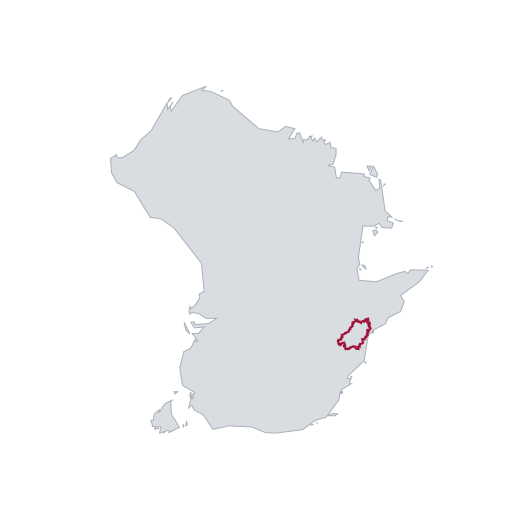 location of Charters Towers, Queensland, Australia, rotated 68°
{"feature_id": "25037944B10597176528862", "entity_name": "Charters Towers", "entity_type": "district", "adm_level": 2, "iso_a3": "AUS", "parent_name": "Australia", "parent_adm1": "Queensland", "projection": "albers", "projection_center": [146.233, -20.209], "detail": "fine", "context": "in_parent", "style": "outline", "palette": "rose", "viewbox_px": 512, "rotation_deg": 68, "n_neighbors": 0, "source": "geoboundaries", "source_scale": "gbopen_adm2", "svg_char_len": 8135}
<svg xmlns="http://www.w3.org/2000/svg" viewBox="0 0 512 512"><g transform="rotate(68 256 256)"><path d="M340.9,113.7L346.9,136.9L353.7,135.6L361.5,142.5L362.9,156.7L367.4,161.7L368.6,175.0L371.8,181.8L393.6,194.9L401.8,216.0L404.2,217.2L404.7,213.4L409.4,217.4L410.1,215.5L411.8,226.2L414.5,229.5L420.5,233.0L431.7,251.3L430.7,263.3L434.5,277.8L427.6,304.1L423.2,313.5L412.9,324.0L403.2,345.0L400.7,360.8L383.8,364.3L375.5,371.0L370.3,371.5L371.8,375.4L363.7,369.8L364.8,368.5L364.3,367.1L362.8,367.0L360.1,369.5L358.1,368.0L361.4,365.7L359.5,363.9L348.6,372.6L331.4,368.7L317.7,358.9L316.9,350.7L310.3,343.6L313.0,343.8L312.8,341.5L303.9,344.2L306.3,338.5L302.4,330.6L299.6,340.0L292.9,341.2L293.8,338.1L296.9,337.9L300.8,325.1L299.1,315.7L295.0,325.9L288.5,330.1L284.3,336.3L285.2,339.3L282.5,339.0L277.9,336.0L280.6,335.8L278.3,330.0L273.7,323.7L270.1,323.0L269.1,317.2L242.2,309.3L198.9,321.7L185.7,330.3L180.8,339.6L150.6,344.6L135.9,357.4L124.8,358.8L111.1,354.3L109.7,347.4L112.9,348.0L114.8,343.3L112.3,329.2L105.1,319.5L100.7,306.5L80.8,281.1L87.1,283.0L82.0,275.1L85.4,279.7L90.0,280.4L79.5,264.0L80.0,238.5L82.2,244.1L86.0,236.8L101.8,222.2L108.2,221.7L139.0,205.6L149.1,189.3L147.0,180.0L152.6,172.3L159.6,182.0L161.7,175.8L157.5,172.2L158.2,169.4L169.3,169.7L165.8,169.2L167.5,164.7L165.1,161.3L170.9,160.1L168.4,157.6L173.2,156.6L171.0,152.9L174.7,148.0L175.4,150.5L178.7,149.8L178.4,144.8L183.5,145.9L186.2,141.5L191.8,143.7L199.6,149.9L199.0,155.6L203.1,149.7L213.5,152.2L215.2,149.0L210.3,145.2L220.3,125.1L222.8,126.1L226.4,121.0L228.0,122.9L240.1,120.4L239.4,115.8L230.9,113.2L232.1,111.9L262.5,119.4L270.9,115.3L269.0,119.1L272.7,121.0L276.9,116.2L281.0,119.8L276.8,128.5L271.8,129.6L272.4,135.7L268.3,145.6L295.6,161.6L302.8,163.0L305.2,167.1L317.1,169.5L325.0,154.1L325.0,132.0L326.1,123.6L329.1,121.6L326.7,117.9L333.7,101.8L340.9,113.7ZM358.3,389.4L371.1,393.7L386.3,391.1L387.1,403.3L386.1,401.1L384.6,403.7L384.2,411.7L378.8,408.4L375.5,415.6L368.9,415.0L370.2,413.0L364.6,409.6L362.3,403.4L364.8,404.5L358.8,395.8L358.3,389.4ZM216.9,113.4L225.4,112.6L228.3,114.7L223.0,120.0L216.9,113.4ZM290.4,347.5L303.5,346.5L298.0,348.8L290.4,347.5ZM279.6,134.0L281.6,138.6L276.2,138.2L276.9,134.7L279.6,134.0ZM431.0,249.2L430.8,243.8L433.0,239.4L433.7,242.7L431.0,249.2ZM382.8,382.1L387.0,383.2L387.1,384.9L382.8,382.1ZM216.2,114.9L219.6,119.2L214.2,119.4L216.2,114.9ZM353.6,382.9L351.2,382.5L352.5,379.5L353.6,382.9ZM309.1,159.0L306.6,160.5L304.1,161.4L305.3,158.7L309.1,159.0ZM80.6,279.9L78.2,277.7L77.5,275.3L77.8,275.2L80.6,279.9ZM386.2,386.5L387.8,387.7L384.7,386.7L386.2,386.5ZM413.5,227.0L415.4,227.0L415.3,229.4L413.5,227.0ZM369.2,174.8L371.4,176.2L371.0,177.0L369.2,174.8ZM378.7,412.7L378.9,414.7L377.3,414.0L378.7,412.7ZM433.4,265.4L433.5,268.4L433.2,268.3L433.4,265.4ZM238.6,111.2L237.1,110.1L237.9,109.4L238.6,111.2ZM278.4,108.7L276.5,111.2L278.7,106.9L278.4,108.7ZM433.9,261.9L432.9,262.8L433.6,261.8L433.9,261.9ZM283.9,151.9L282.8,152.4L283.4,151.2L283.9,151.9ZM275.4,134.1L274.0,134.4L274.8,132.9L275.4,134.1ZM90.4,224.4L90.3,226.4L89.7,226.4L90.4,224.4ZM331.2,100.7L331.1,102.4L330.5,101.2L331.2,100.7ZM362.8,367.8L363.2,368.7L362.7,368.4L362.8,367.8ZM276.0,111.9L273.3,113.7L276.0,111.5L276.0,111.9ZM170.9,150.6L170.1,151.8L170.5,150.4L170.9,150.6ZM379.6,411.3L378.8,411.7L379.2,410.9L379.6,411.3ZM308.1,164.7L306.6,164.7L307.4,163.7L308.1,164.7ZM166.5,159.8L165.8,160.5L165.5,159.1L166.5,159.8ZM385.7,407.2L384.6,407.7L385.0,406.7L385.7,407.2ZM332.0,96.4L331.9,97.5L331.0,97.0L332.0,96.4ZM362.2,369.1L363.3,370.0L361.5,369.7L362.2,369.1ZM396.2,194.8L395.2,194.8L395.7,193.6L396.2,194.8ZM403.9,213.2L403.4,213.2L403.8,212.2L403.9,213.2ZM358.8,387.9L358.6,388.6L358.2,387.7L358.8,387.9Z" fill="#d9dde1" stroke="#a8b0b8" stroke-width="1"/><path d="M368.6,212.4L368.7,211.6L368.9,211.7L369.0,211.4L370.2,211.5L370.2,210.5L369.4,210.4L369.5,209.6L369.0,209.5L369.2,206.6L369.5,206.6L371.5,206.7L371.4,207.2L371.9,208.1L372.4,208.2L372.7,208.3L372.8,207.2L374.3,207.3L374.2,207.5L375.2,207.9L375.9,207.9L375.9,207.5L375.9,207.4L375.9,207.2L376.0,207.1L376.1,206.9L376.2,206.6L376.6,206.2L376.6,205.9L376.3,205.5L376.3,205.4L376.3,205.2L376.6,205.1L376.7,204.8L377.1,204.6L377.1,204.4L377.1,204.1L376.8,204.0L376.7,203.9L376.4,203.8L376.2,203.5L376.4,203.3L376.3,203.2L376.2,203.0L376.2,202.8L376.1,202.6L376.1,202.3L376.2,202.2L376.2,201.9L376.4,201.7L376.1,200.8L376.2,200.5L376.1,200.4L376.2,200.1L376.1,199.8L376.2,199.6L376.3,199.7L376.6,199.5L376.7,199.3L376.9,199.2L377.1,199.1L377.1,198.8L377.1,198.5L377.3,198.4L377.2,198.0L377.2,197.9L377.6,197.8L377.8,198.0L378.0,198.0L378.5,198.1L378.9,198.2L379.1,197.9L379.4,197.6L379.7,197.6L379.9,197.3L380.0,197.3L380.1,197.0L380.2,196.8L380.1,196.5L380.2,196.2L380.6,196.0L380.7,195.8L379.5,195.6L379.4,195.5L379.2,195.5L379.3,195.4L379.2,195.2L379.1,194.9L378.9,194.8L378.8,194.6L378.6,194.4L378.5,194.5L378.5,194.3L378.5,194.2L378.4,194.0L378.5,193.9L378.4,193.9L378.2,193.7L377.9,193.5L377.7,193.7L377.5,193.8L377.4,193.7L377.5,193.7L377.6,193.4L377.6,193.2L377.4,193.1L377.2,193.1L377.1,192.8L377.1,192.7L376.9,192.7L376.6,192.5L376.6,192.4L376.4,192.2L376.5,192.0L376.7,191.9L376.8,191.7L376.7,191.4L376.6,191.2L376.5,190.9L376.4,190.9L376.7,190.9L376.8,190.6L376.9,189.7L376.6,189.6L376.2,189.5L376.0,189.1L373.3,188.8L373.4,188.7L373.4,188.4L373.4,188.1L373.3,187.9L373.2,187.8L373.3,187.7L373.5,187.3L373.5,187.2L373.6,186.6L373.5,186.4L373.5,186.2L373.4,186.0L373.5,186.1L373.4,186.1L373.2,185.9L373.2,186.0L373.0,185.9L372.9,185.7L372.6,185.7L372.5,185.4L372.4,185.3L372.6,185.2L372.4,185.1L372.2,185.0L372.2,184.9L372.1,184.6L372.1,184.4L372.2,184.2L371.9,183.9L371.8,183.7L372.0,183.6L371.9,183.5L371.7,183.2L371.4,183.3L371.4,183.2L371.3,183.3L371.2,183.2L371.1,182.8L371.1,182.7L370.9,182.7L370.5,182.5L370.5,182.4L370.5,182.2L370.1,182.2L369.9,182.2L369.6,181.6L369.8,181.4L369.7,181.3L369.3,181.4L369.1,181.3L369.0,181.2L368.9,181.1L368.8,181.3L368.7,181.3L368.5,181.2L368.5,181.3L368.3,181.1L368.3,180.8L368.2,180.9L367.8,180.7L367.7,180.7L367.7,180.9L367.0,180.9L367.0,180.7L366.9,180.8L366.8,180.7L366.7,180.6L366.4,180.5L366.4,180.4L366.2,180.3L366.2,180.2L366.3,180.2L366.4,179.9L366.4,179.7L366.6,178.3L366.4,178.2L366.4,177.9L366.5,178.0L366.8,178.1L366.7,177.9L366.6,177.7L366.3,177.2L366.2,177.4L366.2,177.1L365.9,176.9L365.8,176.7L365.8,176.8L365.8,176.7L365.8,176.8L365.7,176.9L365.6,177.1L363.6,176.8L363.6,177.9L362.6,177.8L361.8,176.9L361.6,176.6L361.4,176.5L361.5,175.8L360.5,175.7L360.5,175.8L360.4,175.9L360.2,175.9L360.2,176.0L360.3,176.1L360.5,176.1L360.5,176.4L360.7,176.5L360.7,177.0L360.7,177.3L360.5,177.5L360.3,177.8L360.2,178.0L360.2,177.8L359.9,177.9L359.7,177.8L359.7,177.7L359.4,177.3L358.8,177.3L358.8,177.2L358.7,176.9L358.7,177.0L358.6,177.3L358.3,177.2L358.3,177.4L357.9,177.4L357.9,177.2L357.5,177.2L357.5,176.6L357.6,176.3L357.7,176.0L357.4,176.0L357.1,175.9L356.8,175.8L356.6,175.5L356.1,175.4L355.8,178.5L356.8,178.6L357.0,178.8L356.6,179.2L356.7,179.3L356.8,179.5L357.0,179.6L357.3,179.9L356.7,180.3L357.1,180.9L356.3,181.5L356.3,182.2L356.4,182.3L357.0,183.6L357.3,183.6L357.5,183.7L357.0,184.1L356.8,183.9L355.7,184.9L355.6,185.0L355.5,185.3L355.4,185.2L355.3,185.9L354.2,185.8L354.2,186.5L353.1,186.3L353.0,187.1L352.7,187.0L352.6,187.7L352.5,187.8L352.8,187.8L353.1,187.9L353.8,188.1L353.6,191.3L353.8,191.5L354.1,191.7L354.3,191.7L355.1,191.5L355.3,191.8L355.6,191.8L355.6,191.6L356.1,192.2L356.0,192.5L357.1,192.6L357.0,193.2L357.4,193.6L357.7,193.9L357.7,194.0L357.5,194.3L357.5,194.5L357.6,194.8L357.5,195.1L358.3,195.5L358.3,195.9L358.5,195.9L358.4,196.0L358.4,196.3L358.5,196.4L358.8,196.5L359.1,196.7L359.2,196.9L359.2,197.1L359.6,197.6L360.0,197.9L360.0,198.0L360.9,198.1L360.7,201.4L361.3,201.4L361.2,202.3L360.8,202.3L360.8,202.5L361.2,202.8L361.2,203.3L361.5,203.4L361.4,204.4L361.5,204.4L361.5,204.7L361.9,205.7L361.9,205.8L361.6,206.1L362.2,206.2L362.5,206.2L363.4,206.1L363.3,207.2L364.1,207.3L364.1,208.1L365.4,208.2L365.4,208.6L365.1,208.5L365.1,210.4L364.9,210.7L365.3,210.7L365.3,211.8L366.2,211.9L366.2,212.1L368.6,212.4Z" fill="none" stroke="#9f1239" stroke-width="2"/></g></svg>